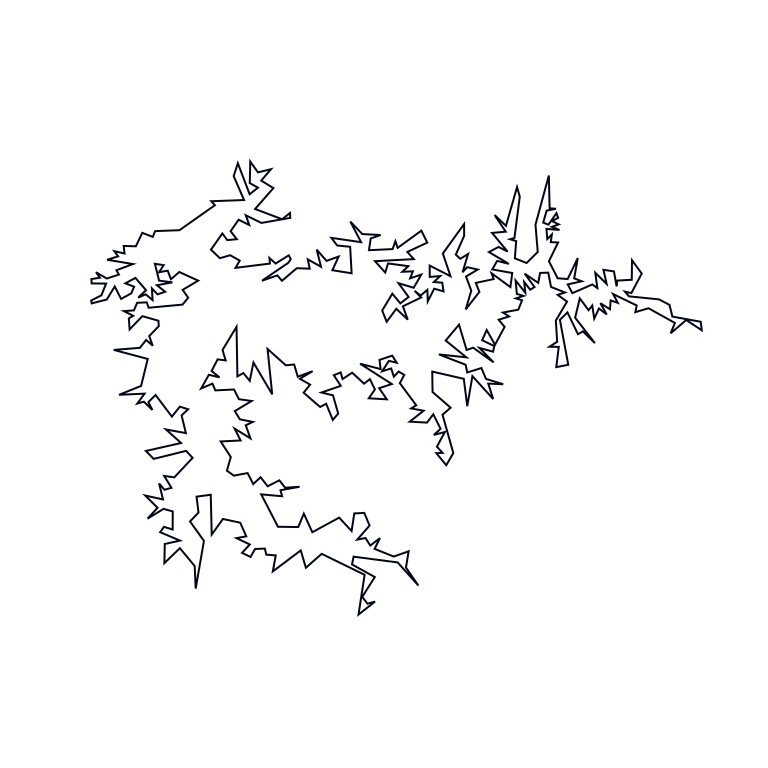 outline of Wadung Kedungombo, Jawa Tengah, Indonesia, rotated 279°
{"feature_id": "22746128B86942252851890", "entity_name": "Wadung Kedungombo", "entity_type": "district", "adm_level": 2, "iso_a3": "IDN", "parent_name": "Indonesia", "parent_adm1": "Jawa Tengah", "projection": "equal_earth", "projection_center": [110.819, -7.295], "detail": "fine", "context": "isolated", "style": "outline", "palette": "ink", "viewbox_px": 768, "rotation_deg": 279, "n_neighbors": 0, "source": "geoboundaries", "source_scale": "gbopen_adm2", "svg_char_len": 6142}
<svg xmlns="http://www.w3.org/2000/svg" viewBox="0 0 768 768"><g transform="rotate(279 384 384)"><path d="M309.4,260.6L321.6,253.9L326.0,260.3L326.6,247.1L333.9,240.9L346.5,255.9L346.3,243.1L355.1,236.7L351.3,218.4L357.5,214.5L351.0,204.1L365.7,209.6L364.8,220.5L369.9,211.7L382.3,215.8L382.5,223.9L392.4,219.2L417.4,229.4L368.6,238.0L372.8,243.4L366.1,250.9L384.8,251.7L356.3,275.2L400.4,263.5L387.1,284.1L389.2,292.2L377.7,297.7L385.5,311.5L376.0,300.1L371.8,311.1L362.8,306.0L351.3,324.5L355.4,330.0L340.5,339.0L347.6,343.4L364.8,335.4L365.8,323.6L375.4,341.6L384.8,333.1L388.7,339.4L382.4,342.3L390.2,350.8L381.2,364.3L386.6,369.3L377.2,375.9L367.5,371.2L369.3,389.2L379.1,379.9L385.2,391.7L400.3,357.2L398.2,378.3L407.1,375.8L413.3,387.7L407.0,393.2L407.6,385.2L396.3,380.2L400.5,388.6L392.8,392.6L398.6,396.5L396.1,402.6L387.3,399.5L368.0,419.2L364.1,414.7L363.8,427.3L350.8,415.3L352.6,432.5L361.8,437.4L348.6,446.9L341.5,441.2L346.1,451.6L330.4,446.1L325.1,452.6L323.9,446.5L313.5,458.2L326.6,463.3L362.8,446.6L371.0,453.5L383.7,433.2L403.8,429.7L401.6,462.0L375.1,469.7L405.6,470.1L386.2,494.2L400.7,486.9L402.4,501.8L405.0,483.9L415.0,477.7L408.4,464.4L415.8,461.6L421.8,433.6L423.2,461.2L436.6,438.1L454.3,448.8L430.5,460.3L433.8,466.4L422.5,488.9L434.5,472.7L433.0,486.7L438.7,487.0L442.6,474.1L453.4,477.0L440.1,487.5L459.3,494.2L465.4,487.2L470.3,497.0L473.2,490.3L478.4,505.0L488.3,507.3L489.2,500.9L492.8,508.0L493.8,501.1L506.8,497.8L496.3,509.3L506.7,506.5L500.0,513.7L503.3,517.5L515.0,505.7L508.0,520.5L518.1,520.8L519.7,528.8L506.0,533.8L502.7,548.4L499.2,541.6L494.0,551.9L473.6,543.8L452.8,548.4L446.7,541.7L448.0,550.8L427.6,551.5L431.8,563.0L474.9,547.7L483.4,554.0L463.5,567.8L467.1,572.2L457.4,585.9L479.4,562.4L499.2,564.0L488.9,574.5L494.1,577.4L481.5,581.4L492.2,584.5L487.5,593.1L497.6,585.1L493.2,595.5L502.0,594.8L500.7,602.3L508.7,596.2L501.1,621.3L494.3,621.0L500.2,633.4L489.8,661.8L478.9,659.2L494.5,672.5L486.8,689.4L495.0,687.1L495.7,658.3L506.8,653.6L510.6,642.4L508.9,612.3L512.9,607.5L512.5,614.1L533.4,621.3L545.0,609.6L525.7,612.4L522.6,598.1L516.7,598.5L531.2,593.5L531.1,582.9L517.7,588.2L526.9,575.3L512.1,579.7L514.9,574.2L503.2,555.8L511.1,549.9L516.4,563.2L518.1,555.3L538.7,555.7L516.4,549.0L515.6,539.0L531.0,527.7L551.0,533.8L550.2,526.5L558.0,526.4L552.7,522.6L562.6,520.2L563.6,533.2L565.5,525.3L569.0,531.6L571.2,524.6L575.4,530.0L579.7,527.6L567.1,521.5L568.3,516.0L580.7,517.5L584.0,526.5L583.4,520.1L615.7,514.2L565.0,508.7L538.5,515.2L525.8,505.9L528.6,493.6L545.8,492.2L546.7,485.9L548.6,490.0L590.2,488.8L599.3,484.6L559.3,479.7L568.2,466.8L553.5,480.4L550.1,467.1L534.1,485.4L537.3,475.7L530.7,467.0L522.2,488.5L523.3,476.5L514.1,473.0L513.7,493.3L499.5,493.7L510.2,472.9L504.8,475.9L498.2,458.9L489.9,463.8L470.4,453.0L489.8,455.6L503.0,448.2L511.7,458.7L512.4,447.8L506.6,444.1L525.6,446.7L519.6,439.8L523.0,434.7L542.8,440.0L554.5,438.1L522.1,421.7L500.9,432.8L508.1,410.6L496.9,412.4L499.4,422.6L492.5,417.3L493.2,425.7L484.8,428.3L486.0,418.7L472.5,414.3L483.8,412.1L477.1,406.3L480.8,399.6L475.3,407.2L463.7,390.5L451.3,397.4L460.2,384.4L445.9,376.9L456.3,370.7L474.5,378.1L466.2,387.5L473.8,394.7L485.8,382.6L483.7,398.3L497.9,403.7L492.5,393.3L499.8,394.9L497.7,384.5L504.2,389.6L503.7,369.1L494.3,367.8L503.9,355.9L512.0,393.9L518.1,386.4L530.4,404.6L541.3,396.9L520.6,376.2L526.8,372.9L518.6,371.4L513.8,348.2L525.7,348.1L530.6,357.4L528.7,339.1L539.2,325.3L520.5,339.2L520.1,309.2L513.5,316.0L514.2,329.1L488.3,334.7L488.3,315.2L502.8,319.3L496.6,308.0L506.2,296.5L489.9,303.5L495.2,289.2L486.3,292.6L484.7,279.7L470.0,267.1L474.6,261.7L466.9,247.3L488.8,270.6L492.8,272.4L496.2,269.8L486.0,258.1L490.6,251.1L485.1,252.5L475.5,219.2L483.3,222.2L487.1,212.0L482.6,202.2L489.6,192.1L507.4,200.8L501.6,206.7L504.0,216.0L510.9,208.6L523.5,214.7L520.0,226.0L529.0,221.1L523.9,237.7L533.4,265.4L538.2,264.4L530.8,257.6L536.7,229.3L560.2,244.1L565.7,230.9L578.5,238.8L573.3,226.4L582.8,217.1L561.4,220.0L558.2,228.8L550.4,221.6L579.2,205.1L565.8,203.0L543.8,217.0L537.5,184.8L534.1,189.0L503.9,157.9L499.2,134.0L493.1,132.6L495.5,121.6L481.2,117.4L479.6,105.3L472.3,107.3L473.0,96.9L468.5,101.4L463.4,91.2L463.2,117.3L454.5,101.9L450.6,105.1L444.8,93.7L449.3,82.1L444.5,86.8L441.9,78.6L437.6,79.5L439.7,93.8L427.4,91.0L420.6,81.7L417.9,82.7L424.1,97.0L438.2,102.8L426.9,111.0L434.0,120.2L441.0,122.0L443.0,112.8L449.9,121.9L439.4,134.3L430.9,127.7L435.3,134.6L430.7,142.3L442.1,139.8L437.1,146.3L440.9,153.5L446.0,144.2L451.3,159.1L450.9,145.7L466.9,138.9L466.9,147.8L459.2,144.3L462.1,152.6L454.2,157.2L462.6,164.3L457.0,184.3L445.5,170.4L438.6,177.1L430.9,172.6L422.5,139.6L427.5,136.9L425.6,127.5L417.6,125.5L415.3,115.8L412.1,125.6L408.9,121.7L398.1,124.2L413.2,134.7L411.2,151.3L405.9,152.5L394.6,144.6L385.6,149.6L390.3,142.2L381.5,137.2L375.4,111.7L371.8,146.7L344.1,144.4L331.9,124.0L337.0,149.0L326.1,143.4L329.0,149.6L322.1,159.3L329.2,154.1L337.4,160.1L318.6,179.6L329.7,185.9L328.4,194.5L321.3,189.0L304.5,196.0L305.0,175.7L294.0,192.8L280.6,159.3L274.0,168.2L287.0,199.0L281.1,206.5L259.0,191.5L258.8,181.3L248.2,190.3L245.2,183.7L250.6,177.4L235.4,183.8L236.5,165.6L226.3,179.7L214.0,171.5L226.2,185.8L225.1,195.3L207.2,198.0L208.5,189.0L202.6,186.1L197.4,207.0L191.7,192.5L172.7,195.1L189.9,208.1L174.6,225.5L152.5,230.0L200.9,230.7L217.9,213.9L228.0,220.9L243.4,216.5L247.5,230.2L208.3,237.4L225.5,246.0L224.5,263.7L212.0,271.8L208.7,262.4L204.5,276.5L195.0,270.2L192.3,279.2L200.9,282.5L202.8,292.1L197.0,294.4L197.8,303.9L181.5,303.5L206.6,327.8L190.3,335.6L206.5,349.0L192.5,394.7L152.3,394.9L167.7,409.2L164.4,402.1L170.3,395.8L191.9,405.1L200.8,380.6L208.7,381.0L209.9,425.4L190.3,449.5L206.1,434.4L222.6,434.5L215.1,420.6L219.7,400.5L231.1,404.1L222.3,395.7L229.0,389.8L226.1,381.9L241.9,391.9L253.6,384.7L251.5,374.9L233.7,375.0L245.0,360.6L226.4,336.4L243.4,325.1L229.3,321.7L226.4,301.6L255.8,280.0L257.2,300.9L262.9,298.4L269.3,316.7L266.1,302.6L272.5,295.7L264.8,285.1L272.6,276.7L264.7,270.5L274.7,263.2L270.0,250.0L273.8,242.4L287.9,244.1L301.7,231.7L305.8,251.2L316.6,243.4L309.4,260.6Z" fill="none" stroke="#020617" stroke-width="2"/></g></svg>